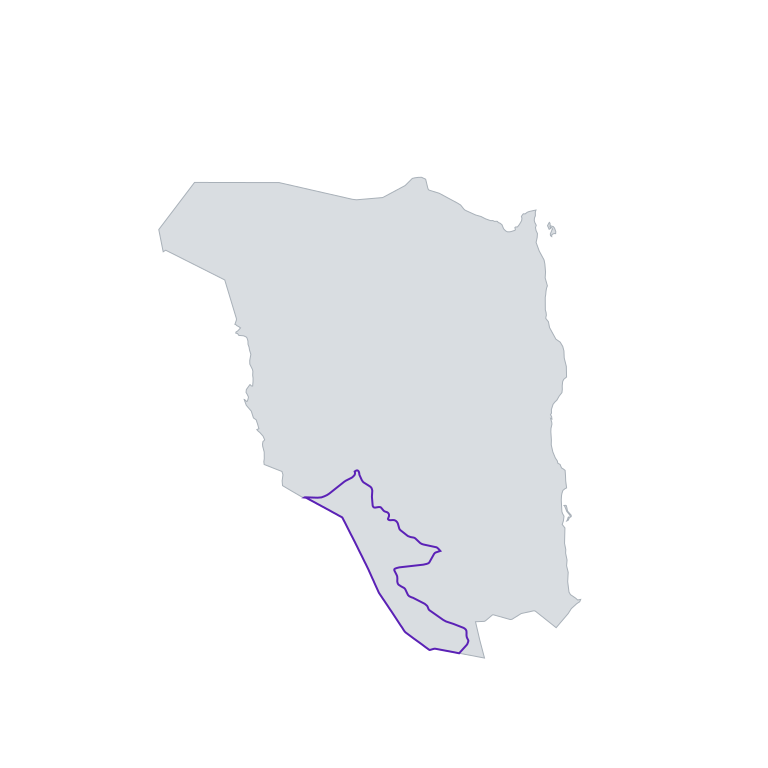 where Al Hudud ash Shamaliyah sits in Saudi Arabia, rotated 205°
{"feature_id": "SAU-861", "entity_name": "Al Hudud ash Shamaliyah", "entity_type": "Region", "adm_level": 1, "iso_a3": "SAU", "parent_name": "Saudi Arabia", "parent_adm1": "", "projection": "orthographic", "projection_center": [42.216, 29.79], "detail": "fine", "context": "in_parent", "style": "outline", "palette": "violet", "viewbox_px": 768, "rotation_deg": 205, "n_neighbors": 0, "source": "natural_earth", "source_scale": "10m", "svg_char_len": 6927}
<svg xmlns="http://www.w3.org/2000/svg" viewBox="0 0 768 768"><g transform="rotate(205 384 384)"><path d="M564.2,522.2L490.8,538.0L486.8,539.3L464.0,552.4L448.7,572.8L445.2,582.3L443.3,583.8L440.2,585.8L437.3,587.2L432.8,587.2L427.3,580.3L425.9,578.9L424.6,578.8L414.6,580.2L393.7,579.0L390.2,578.6L385.6,576.3L384.4,575.9L383.2,575.8L372.3,575.9L366.9,576.8L361.7,576.6L356.4,577.1L354.5,578.1L352.4,578.1L351.1,578.9L349.9,579.3L348.6,578.6L346.9,578.8L344.4,578.2L342.8,576.7L341.3,575.3L339.7,574.6L337.9,574.1L336.4,574.1L334.5,575.0L333.3,575.8L330.3,578.6L330.2,579.5L331.5,581.1L331.1,581.9L329.4,582.8L328.8,585.4L328.6,586.8L328.3,590.1L329.1,592.7L330.2,593.7L330.2,594.8L329.7,597.1L328.0,597.8L326.9,599.9L326.1,600.9L324.8,602.1L319.8,605.9L319.5,603.7L317.9,600.4L317.8,598.1L317.0,595.8L315.6,594.1L313.1,592.2L312.8,589.7L310.9,587.2L308.5,585.2L307.1,581.5L306.0,576.6L299.5,570.1L291.4,564.1L288.9,560.7L284.9,553.7L282.8,548.3L277.4,542.0L277.2,539.5L276.4,536.6L275.2,533.3L274.5,530.7L269.1,519.3L267.4,517.4L265.9,514.9L265.5,512.9L265.1,511.8L261.3,509.9L257.8,505.1L247.2,497.3L242.0,496.4L237.9,493.6L234.9,490.0L231.7,483.8L226.2,477.0L221.5,467.5L223.1,464.1L223.1,461.7L221.7,457.6L220.1,454.4L219.1,451.4L220.1,447.2L220.5,442.4L221.5,439.9L222.2,437.1L221.5,431.5L219.9,428.4L220.1,426.5L218.4,425.4L217.0,423.2L218.5,423.3L215.8,420.2L214.8,418.5L213.9,414.3L212.6,411.2L208.6,403.9L206.7,399.5L202.3,393.8L197.5,389.4L194.4,387.5L193.0,385.7L190.4,385.5L187.7,383.0L185.8,382.8L183.4,382.3L180.7,377.5L178.4,373.0L174.6,367.0L175.7,365.6L176.9,363.2L176.5,360.0L175.9,357.7L174.3,353.7L168.9,343.6L167.4,342.0L165.0,340.3L163.6,335.9L163.1,332.0L159.2,330.0L153.0,315.8L149.3,310.8L147.9,307.4L143.7,301.8L141.7,296.4L137.5,291.2L134.0,282.5L128.4,273.6L126.0,271.9L119.8,270.9L117.2,270.1L114.7,271.9L114.6,269.5L116.5,266.3L119.3,259.6L120.1,253.6L125.0,235.9L150.8,242.1L152.2,241.9L162.6,234.0L168.6,224.8L170.0,223.9L187.6,221.0L188.1,220.6L192.0,212.2L192.4,211.7L192.9,211.2L200.6,207.2L189.0,192.4L177.1,178.1L225.8,165.7L226.6,165.3L230.3,162.1L251.4,166.3L259.5,168.0L262.1,169.3L300.5,192.7L319.6,209.2L365.1,245.2L365.8,245.4L406.4,248.0L410.7,246.9L421.8,247.9L433.0,249.0L435.4,253.2L436.3,256.1L437.2,259.0L439.5,261.6L448.9,261.0L458.6,260.4L460.1,262.9L460.9,265.6L463.8,271.7L467.7,276.4L468.7,278.2L469.4,280.8L468.8,281.9L468.6,283.0L471.5,285.6L476.1,287.6L477.9,288.0L480.0,288.9L478.5,290.6L481.4,294.0L484.7,297.5L488.0,298.1L492.8,303.3L499.8,306.5L504.2,310.9L503.8,311.0L502.6,310.6L501.0,310.1L500.6,310.7L500.8,312.6L501.3,314.9L503.6,316.8L505.5,318.1L506.4,320.8L505.3,326.7L504.8,326.8L503.8,326.3L502.7,326.3L502.2,326.7L503.7,330.8L505.1,333.9L506.7,336.4L508.2,340.1L509.4,341.6L514.0,345.3L515.6,348.5L517.2,354.6L520.2,357.9L521.9,360.4L524.0,362.5L525.5,365.5L527.5,367.7L528.5,368.3L530.0,368.4L531.8,368.3L533.9,367.5L536.1,366.7L538.0,367.8L539.9,367.5L540.1,368.6L539.0,370.2L537.7,374.2L539.9,374.6L542.0,374.7L543.5,375.2L544.4,375.1L544.4,375.9L544.8,379.6L545.4,380.9L572.3,411.0L638.2,413.0L638.5,412.9L640.0,410.5L653.4,428.8L640.9,486.6L564.2,522.2ZM297.7,596.4L299.8,596.6L299.0,595.7L298.8,595.3L299.7,594.0L302.7,596.6L302.6,599.7L302.3,600.4L301.5,599.8L301.0,599.1L300.8,598.4L300.0,597.7L297.1,598.2L295.3,597.3L292.7,594.7L292.0,592.8L293.1,592.4L294.2,591.5L295.0,590.1L294.3,588.5L295.8,588.8L296.7,590.3L296.8,593.9L297.0,594.7L296.6,595.5L297.7,596.4ZM168.1,350.8L167.4,350.8L165.7,348.8L164.7,347.3L163.7,346.3L158.9,344.2L158.3,342.9L159.1,341.7L159.5,343.0L160.4,343.8L164.4,345.7L168.7,349.7L169.5,350.0L168.1,350.8ZM160.7,341.1L160.4,341.5L159.4,340.5L159.5,338.3L160.5,337.1L160.4,338.8L160.7,340.5L160.7,341.1Z" fill="#d9dde1" stroke="#a8b0b8" stroke-width="1"/><path d="M230.6,162.2L235.3,163.1L240.0,164.1L244.7,165.0L249.5,165.9L251.4,166.3L259.6,168.0L260.8,168.5L262.2,169.3L264.6,170.9L266.7,172.1L268.8,173.4L270.9,174.7L273.0,176.0L275.1,177.3L277.2,178.6L279.3,179.9L281.4,181.2L283.5,182.4L285.6,183.7L287.7,185.0L289.9,186.3L292.0,187.6L294.1,188.8L296.2,190.1L298.4,191.4L300.5,192.7L302.1,194.1L304.2,195.9L306.2,197.6L308.3,199.4L310.3,201.2L312.7,203.2L315.0,205.2L317.3,207.2L317.8,207.6L319.6,209.2L322.2,211.3L324.4,213.1L326.6,214.8L328.7,216.5L330.9,218.3L333.7,220.5L336.6,222.8L339.4,225.1L342.2,227.3L343.4,228.3L345.1,229.6L347.9,231.8L350.8,234.0L353.7,236.3L356.0,238.1L358.4,240.0L360.8,241.9L363.2,243.7L365.1,245.2L365.3,245.3L365.5,245.3L365.8,245.5L368.0,245.6L370.0,245.7L372.0,245.9L374.0,246.0L375.9,246.1L378.5,246.3L381.0,246.5L383.5,246.6L386.1,246.8L388.6,246.9L391.2,247.1L393.7,247.2L396.2,247.4L398.1,247.5L400.0,247.6L401.9,247.7L403.8,247.8L406.4,248.0L407.5,247.7L408.1,247.5L407.8,247.9L396.3,252.8L392.8,254.8L390.5,257.1L388.6,259.4L387.2,261.7L378.8,278.5L377.7,280.3L373.6,285.5L373.1,286.5L372.5,288.1L372.3,288.9L372.2,289.4L372.3,289.9L372.4,290.4L372.6,291.0L373.3,292.0L373.6,292.3L372.6,293.8L372.1,294.2L371.4,294.5L370.8,294.4L370.3,294.2L369.8,293.9L369.4,293.4L369.3,293.2L368.8,292.8L368.4,292.0L367.8,291.2L363.5,287.5L363.0,287.2L361.8,286.5L360.9,286.2L353.2,285.2L352.5,285.0L351.6,284.6L351.0,284.1L350.4,283.5L349.5,282.3L347.3,276.7L343.0,269.2L342.5,268.6L341.9,268.2L341.3,267.9L340.4,268.0L339.7,268.3L336.9,270.2L335.8,270.7L335.3,270.8L334.6,270.8L333.7,270.4L331.0,269.1L330.3,268.9L329.5,268.8L327.0,269.1L326.3,269.0L325.6,268.8L324.8,268.3L324.2,267.6L323.8,266.8L323.6,266.2L323.6,265.8L323.4,263.7L323.4,263.4L323.2,263.2L322.6,262.9L321.8,262.9L321.0,263.1L320.4,263.4L318.4,264.5L317.6,264.8L316.9,265.0L316.1,265.0L315.2,264.9L313.9,264.4L313.1,263.9L312.4,263.3L309.3,259.7L308.8,259.2L308.2,258.8L307.1,258.4L298.6,256.4L298.0,256.3L295.3,256.5L292.3,257.3L291.6,257.4L291.0,257.4L290.1,257.2L284.1,255.2L283.3,255.1L282.3,255.0L280.5,255.2L267.3,258.2L266.7,258.1L265.2,257.7L262.4,256.5L266.0,253.1L266.4,252.5L266.6,251.9L266.7,251.5L266.8,251.3L267.5,241.9L267.6,241.3L267.8,240.7L268.2,240.1L268.7,239.6L269.3,239.0L272.0,236.9L292.6,224.3L294.7,222.6L295.8,221.5L296.2,220.9L296.3,220.4L296.1,219.8L295.7,219.3L292.0,216.4L290.8,215.3L290.4,214.6L289.7,213.4L288.6,210.8L288.3,210.3L287.7,209.6L287.2,209.0L286.3,208.4L285.6,208.2L282.7,207.8L280.7,207.7L279.4,207.6L278.6,207.3L277.9,206.9L273.1,202.9L272.3,202.6L271.4,202.3L269.0,202.3L267.5,202.5L254.2,202.0L252.0,201.4L251.1,201.1L250.5,200.7L248.8,199.1L248.2,198.6L247.6,198.3L246.8,198.1L230.5,195.2L227.3,195.0L219.8,195.9L208.9,196.6L207.8,196.5L206.7,196.2L206.1,196.0L205.6,195.6L205.1,195.2L204.7,194.6L203.9,193.1L203.5,192.1L202.9,190.9L202.1,189.7L201.4,189.0L199.4,187.4L199.0,186.9L198.9,186.4L198.8,186.0L198.8,185.9L198.7,185.1L198.6,183.4L198.8,182.4L202.1,171.7L206.7,170.6L212.2,169.2L217.6,167.8L223.1,166.4L225.8,165.7L226.6,165.3L229.6,162.7L230.1,162.4L230.3,162.3L230.4,162.2L230.5,162.2L230.6,162.2Z" fill="none" stroke="#5b21b6" stroke-width="2"/></g></svg>